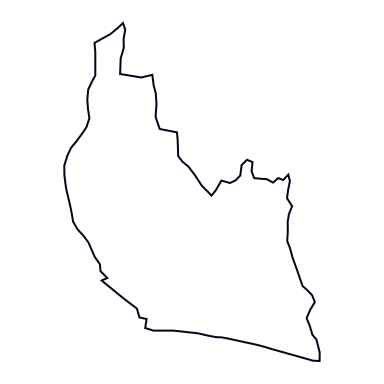 the district of São Leopoldo, Rio Grande do Sul, Brazil
{"feature_id": "56859067B92701465953780", "entity_name": "São Leopoldo", "entity_type": "district", "adm_level": 2, "iso_a3": "BRA", "parent_name": "Brazil", "parent_adm1": "Rio Grande do Sul", "projection": "equal_earth", "projection_center": [-51.141, -29.742], "detail": "fine", "context": "isolated", "style": "outline", "palette": "ink", "viewbox_px": 384, "rotation_deg": 0, "n_neighbors": 0, "source": "geoboundaries", "source_scale": "gbopen_adm2", "svg_char_len": 1436}
<svg xmlns="http://www.w3.org/2000/svg" viewBox="0 0 384 384"><path d="M94.5,42.9L95.3,52.0L95.3,75.4L91.6,82.4L88.2,89.5L87.3,99.8L88.0,109.0L89.4,118.3L86.3,127.5L82.3,133.3L76.2,141.6L71.2,147.6L67.5,155.3L64.3,165.5L64.4,175.3L66.0,187.9L68.4,198.2L70.3,206.2L71.8,213.8L73.1,221.6L77.5,229.3L83.4,235.7L88.3,242.2L91.7,249.9L94.8,257.0L99.9,264.2L100.5,271.2L107.3,278.0L101.6,280.5L124.4,299.1L136.9,308.6L139.5,317.5L146.6,319.0L145.2,328.0L153.4,330.6L173.3,330.6L197.9,333.3L207.4,335.5L215.8,337.1L221.7,337.4L228.3,338.6L238.3,340.8L256.4,344.7L265.5,347.1L270.8,348.8L307.1,359.0L313.1,360.7L319.6,361.0L319.7,352.4L316.4,339.4L312.4,334.8L309.9,326.2L306.6,318.2L310.2,309.8L314.8,302.2L312.2,295.3L307.5,290.4L302.6,286.0L300.0,278.6L296.9,269.6L292.6,257.7L289.8,247.5L287.2,241.1L287.8,231.5L287.7,221.8L288.9,214.2L292.1,206.2L287.0,198.1L288.1,190.1L289.9,181.1L288.3,174.6L283.2,180.0L278.1,178.1L273.0,182.6L266.8,179.2L259.9,178.7L254.2,178.1L251.6,171.3L252.5,162.1L247.0,159.8L241.6,165.1L240.3,175.5L235.7,180.3L230.0,183.0L221.4,180.6L215.8,190.3L211.5,195.6L207.4,191.3L201.8,185.7L195.0,175.3L188.5,166.7L182.5,161.7L178.2,156.1L177.9,146.6L177.6,139.7L177.0,132.4L159.7,129.0L155.6,116.9L156.5,103.7L155.7,93.0L153.7,85.5L152.3,74.8L141.4,77.5L120.1,74.0L120.7,58.4L123.8,47.8L123.6,39.0L125.2,29.6L123.0,23.0L117.2,28.5L110.4,34.1L102.2,38.6L94.5,42.9Z" fill="none" stroke="#020617" stroke-width="2"/></svg>